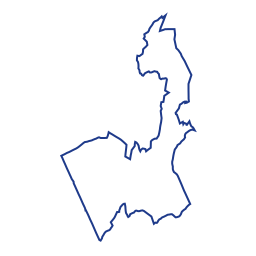 the district of Kuresoi North, Rift Valley, Kenya
{"feature_id": "3690345B6327191419481", "entity_name": "Kuresoi North", "entity_type": "district", "adm_level": 2, "iso_a3": "KEN", "parent_name": "Kenya", "parent_adm1": "Rift Valley", "projection": "equal_earth", "projection_center": [35.615, -0.251], "detail": "fine", "context": "isolated", "style": "outline", "palette": "blue", "viewbox_px": 256, "rotation_deg": 0, "n_neighbors": 0, "source": "geoboundaries", "source_scale": "gbopen_adm2", "svg_char_len": 4576}
<svg xmlns="http://www.w3.org/2000/svg" viewBox="0 0 256 256"><path d="M85.5,210.4L85.9,210.3L87.9,214.4L88.9,216.6L90.1,219.4L92.2,223.8L96.0,232.6L99.4,240.0L100.6,240.6L102.0,238.3L102.3,236.8L103.4,235.1L104.4,233.3L105.7,231.7L107.5,230.8L109.0,230.3L110.1,229.5L110.9,228.1L111.7,227.1L112.6,225.6L110.8,222.2L112.9,219.7L114.2,218.0L114.9,216.8L117.1,212.0L118.1,212.1L119.2,211.9L119.3,210.3L119.9,208.9L120.2,207.8L120.7,206.7L121.6,205.8L122.7,204.5L123.9,203.8L124.8,203.7L125.1,205.2L125.2,205.6L125.4,206.9L125.5,208.8L125.7,211.0L126.0,212.9L126.6,214.0L127.2,214.9L127.6,216.1L128.2,217.0L129.5,216.1L130.2,214.2L131.6,213.5L132.6,213.0L133.9,212.6L135.0,211.2L136.0,210.6L136.7,210.7L137.8,211.1L139.0,211.2L140.2,210.9L141.0,210.6L142.5,210.4L144.0,211.0L146.1,212.6L151.4,216.5L153.9,223.8L155.3,222.6L156.8,222.9L157.2,222.5L157.6,222.0L158.3,220.6L159.4,219.3L160.7,218.8L161.7,217.7L163.1,217.0L163.9,216.7L165.1,216.1L166.3,215.5L166.7,215.3L167.1,215.0L167.9,214.7L169.0,214.6L170.5,214.3L171.9,214.2L173.5,215.4L174.6,216.5L175.6,217.3L176.8,217.2L177.7,216.9L178.8,216.6L180.0,215.6L181.0,214.0L181.5,212.6L181.8,211.9L182.1,211.5L183.3,210.4L184.6,209.4L185.5,208.9L186.1,207.9L186.7,207.1L187.8,205.9L189.0,204.8L190.2,204.0L185.4,193.5L184.7,192.0L184.1,190.8L181.4,184.2L177.8,175.9L177.6,175.6L177.1,174.8L176.9,174.4L176.5,174.1L175.4,173.1L173.9,172.0L173.5,171.1L172.9,169.6L172.8,168.3L172.8,167.1L172.8,166.4L172.5,165.2L172.2,163.8L172.2,161.7L172.8,159.3L173.1,157.3L173.4,155.5L173.8,153.5L174.3,151.5L174.8,149.5L176.1,147.8L177.0,146.4L177.5,145.1L178.7,144.3L180.1,143.4L181.3,141.6L182.5,140.5L183.9,139.3L185.1,137.4L184.8,136.0L185.2,134.2L186.1,133.0L187.3,132.2L188.7,131.1L189.8,130.4L191.1,129.9L192.1,129.6L193.3,129.9L194.7,130.4L193.5,128.2L192.7,127.2L191.8,126.6L191.2,126.1L190.4,124.3L189.8,122.7L189.4,121.3L186.4,125.5L186.6,123.9L184.1,122.9L183.3,124.2L182.8,121.8L179.9,123.5L178.7,119.5L176.9,114.6L176.0,114.2L175.6,112.9L178.9,108.4L179.9,104.6L181.4,103.8L182.5,102.9L183.3,102.2L184.7,101.6L185.9,101.6L185.4,103.0L186.8,102.7L188.9,101.5L188.6,98.6L188.6,96.6L188.5,89.8L188.5,83.9L189.6,80.5L191.4,75.0L189.7,71.5L187.1,66.2L184.7,61.1L181.7,56.1L180.8,53.7L178.3,50.1L176.3,48.2L175.7,45.4L174.4,39.3L175.1,34.8L174.5,29.1L171.5,29.1L165.1,29.2L163.0,30.0L159.9,31.0L160.6,27.9L163.2,21.5L165.5,15.4L162.4,17.9L161.7,16.4L160.7,17.4L159.1,18.7L157.7,20.2L154.9,21.3L154.2,21.8L153.3,22.8L152.5,24.4L151.6,25.7L150.4,27.3L149.4,28.9L148.9,30.6L147.8,32.2L146.7,32.7L145.5,33.5L144.3,34.3L144.8,36.8L143.7,38.6L146.8,41.7L147.4,45.0L145.8,46.8L144.4,48.0L143.1,49.3L143.0,51.8L142.5,53.9L140.5,55.3L140.0,55.7L139.4,56.1L137.4,55.7L137.0,57.9L136.9,60.3L138.0,62.0L138.4,64.0L138.5,65.7L138.5,67.0L138.4,68.4L139.0,69.4L139.5,70.4L139.6,71.9L140.1,73.4L141.2,73.7L142.0,75.2L142.6,75.5L143.1,75.7L143.8,74.9L144.1,74.5L144.8,73.4L145.8,72.8L146.2,72.6L146.8,72.3L147.8,71.8L148.8,71.4L149.7,72.4L150.8,72.5L151.5,72.4L152.0,72.2L152.9,71.8L154.4,71.2L155.9,71.6L157.2,71.8L157.8,72.9L158.9,74.0L159.2,76.0L159.6,78.0L160.8,79.1L161.2,79.2L162.4,78.6L163.2,78.6L164.0,78.6L165.4,78.2L166.4,78.5L166.9,79.6L166.2,83.3L165.6,86.9L165.1,90.5L168.8,92.6L166.6,94.2L164.3,95.8L163.9,98.9L163.4,101.9L161.3,102.2L160.7,106.0L161.7,108.8L160.7,110.9L161.2,115.3L161.6,118.1L161.1,122.1L160.4,125.5L160.1,127.3L159.9,129.3L159.3,132.5L158.6,135.6L156.6,138.6L154.7,138.7L153.3,139.4L152.1,140.1L150.9,141.4L150.8,144.5L150.7,147.8L148.6,149.3L147.4,150.2L146.1,151.3L145.4,149.1L144.0,148.7L142.6,148.5L141.0,149.8L140.3,151.3L139.7,150.2L139.5,149.7L139.1,148.4L138.6,145.7L137.6,143.9L136.4,142.5L135.2,141.9L134.8,144.0L134.7,146.1L134.0,147.0L132.6,148.9L131.7,150.1L131.2,153.1L130.8,154.9L130.5,156.7L130.1,159.2L125.3,156.5L125.5,154.1L125.9,150.7L126.3,147.2L126.5,144.8L125.2,143.5L123.0,141.5L120.9,139.7L118.9,138.4L117.0,137.3L115.3,136.3L111.6,134.0L110.5,133.4L108.7,132.2L108.3,134.0L107.6,136.3L106.8,137.9L104.1,138.0L100.7,138.0L99.0,137.3L97.6,137.8L96.2,138.6L94.4,139.2L94.0,139.4L93.0,139.8L92.2,140.2L91.7,140.4L90.2,140.8L89.2,141.0L87.2,141.7L84.7,142.1L83.3,143.1L82.0,144.2L79.4,146.3L77.8,147.5L77.0,148.0L76.5,148.3L76.0,148.6L74.5,149.3L71.9,150.6L70.6,151.3L69.0,152.1L67.0,152.9L64.6,154.2L61.3,155.8L62.2,157.6L63.6,160.9L65.1,164.2L66.7,167.9L67.9,170.5L68.7,172.2L69.8,174.7L70.6,176.4L71.8,179.1L73.6,181.7L73.7,183.3L75.0,186.1L75.7,187.7L77.1,190.8L78.7,194.4L80.0,197.1L81.5,200.5L83.0,203.9L84.3,206.6L85.1,208.4L85.5,210.4Z" fill="none" stroke="#1e3a8a" stroke-width="2"/></svg>